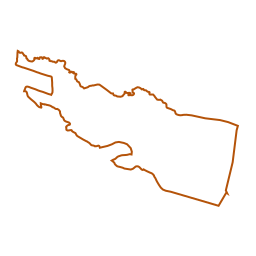 the district of Belmont, Dennery, Saint Lucia, rotated 178°
{"feature_id": "8701671B1177875671821", "entity_name": "Belmont", "entity_type": "district", "adm_level": 2, "iso_a3": "LCA", "parent_name": "Saint Lucia", "parent_adm1": "Dennery", "projection": "albers", "projection_center": [-60.925, 13.95], "detail": "fine", "context": "isolated", "style": "outline", "palette": "amber", "viewbox_px": 256, "rotation_deg": 178, "n_neighbors": 0, "source": "geoboundaries", "source_scale": "gbopen_adm2", "svg_char_len": 6054}
<svg xmlns="http://www.w3.org/2000/svg" viewBox="0 0 256 256"><g transform="rotate(178 128 128)"><path d="M156.8,109.3L149.1,110.8L144.6,112.3L141.1,114.0L137.6,114.4L132.7,113.2L129.5,111.8L126.0,107.8L125.0,104.2L125.4,101.4L127.1,101.8L129.9,101.2L131.3,101.1L134.9,101.0L136.3,100.7L137.4,100.3L138.6,100.0L139.7,99.4L141.4,97.9L142.2,97.4L143.9,96.8L145.4,96.0L144.5,95.3L142.9,93.8L142.5,92.6L142.0,91.9L140.7,90.6L140.2,90.2L139.2,89.8L137.9,89.5L134.7,88.5L133.0,87.6L126.7,86.4L125.3,86.8L124.3,87.2L121.7,89.2L120.8,89.4L120.0,89.4L119.1,89.2L118.0,88.5L115.8,86.0L115.3,85.8L114.9,85.6L114.5,85.6L113.8,86.1L113.0,85.5L110.5,84.1L107.5,82.6L106.5,82.2L105.6,81.7L104.8,81.0L104.2,80.2L103.7,79.7L103.5,78.6L103.1,78.0L102.4,76.9L101.4,74.5L100.5,72.7L99.0,70.0L97.3,67.3L95.3,65.3L92.5,64.0L87.5,62.8L40.2,47.1L32.0,60.0L31.2,59.4L32.4,62.2L24.6,90.1L19.5,122.0L18.1,126.3L27.7,130.4L35.7,132.7L50.5,135.0L63.9,138.4L69.2,139.2L72.5,139.2L73.2,139.0L75.0,138.9L76.0,139.0L76.9,139.2L78.4,139.7L79.3,140.2L79.9,140.9L80.4,142.8L80.7,143.4L81.1,143.8L82.4,144.2L84.7,145.5L87.4,146.5L88.3,146.9L88.6,147.4L88.8,147.7L88.8,149.4L88.8,150.3L89.0,150.7L89.6,151.3L90.4,151.8L91.5,152.0L91.9,152.1L92.2,152.5L92.9,154.0L93.5,154.5L94.4,155.0L94.6,155.2L94.9,155.1L96.8,155.1L97.9,155.4L100.0,158.2L100.4,159.0L101.5,160.3L101.8,160.6L105.0,160.7L105.3,161.0L105.5,161.7L105.2,162.9L105.4,163.1L105.7,163.3L106.5,163.4L107.3,163.7L108.7,165.0L110.4,165.2L110.6,165.3L111.3,166.4L111.6,166.5L111.9,166.4L112.1,166.2L112.9,166.1L113.3,166.6L114.2,167.4L115.5,168.1L117.0,168.4L118.1,168.0L121.0,166.4L122.1,166.3L122.3,166.0L122.1,164.4L122.2,163.6L121.8,163.1L121.1,162.8L120.8,162.5L120.8,161.9L121.1,161.7L121.5,161.0L121.7,160.9L122.5,160.6L123.1,160.6L124.1,160.8L126.3,160.7L126.5,160.9L126.5,161.2L126.3,161.6L125.9,161.7L124.6,162.0L124.4,162.1L124.3,162.4L124.4,162.5L124.9,163.0L125.4,163.1L127.7,163.0L128.0,163.1L128.5,163.3L128.9,164.0L129.3,164.2L129.6,164.4L129.9,164.3L130.1,164.0L130.1,163.5L129.9,163.2L130.0,162.7L131.8,160.8L132.2,160.2L132.7,159.9L133.4,159.8L134.1,159.5L134.4,159.5L137.7,159.9L138.2,160.3L139.1,160.8L139.8,160.8L141.1,161.3L141.8,162.8L141.8,163.0L143.1,163.1L143.7,163.3L147.9,166.8L153.4,171.1L155.0,172.3L155.4,172.4L157.1,172.5L160.1,171.9L160.9,171.7L161.1,171.7L161.3,171.8L161.9,171.8L163.1,171.5L164.5,171.4L165.4,171.1L166.5,170.3L167.3,170.0L170.5,169.1L170.9,169.6L171.8,170.4L172.3,170.7L173.6,171.2L173.9,171.4L174.1,171.8L174.7,173.8L175.4,175.4L175.9,175.8L176.8,176.1L177.0,176.3L177.3,176.7L178.0,178.4L178.4,178.7L178.9,178.9L179.0,179.0L178.9,181.0L178.8,181.9L178.5,182.4L177.8,183.1L177.7,183.5L177.8,183.8L178.0,184.0L178.9,184.1L180.0,184.3L180.3,184.7L180.1,185.3L180.1,185.5L180.3,185.8L180.6,185.8L180.8,185.7L181.2,185.2L181.4,185.2L181.7,185.5L181.9,186.0L182.2,186.2L182.6,186.2L183.7,185.5L184.4,185.4L184.7,185.6L184.8,185.7L184.3,186.7L184.3,186.9L184.8,187.9L185.6,188.3L186.9,188.8L188.7,189.9L189.4,191.3L189.6,191.9L189.3,192.8L188.6,194.3L188.4,195.3L188.5,195.9L188.8,196.5L189.4,197.1L190.4,197.4L191.4,197.4L192.6,197.1L193.3,197.4L194.6,198.1L195.2,198.1L195.6,198.0L196.0,197.7L196.8,196.4L197.5,195.9L197.9,195.8L198.5,196.1L199.1,196.7L199.5,196.8L200.5,196.8L201.2,197.0L201.8,197.4L203.4,197.6L204.1,197.9L204.2,198.1L204.1,198.9L204.2,199.3L204.4,199.6L205.2,200.5L205.5,200.5L206.1,200.4L206.4,200.2L206.7,200.2L207.0,200.5L207.7,200.7L208.0,200.8L209.0,201.6L209.5,201.7L209.7,201.4L209.7,201.1L209.9,200.7L210.3,200.4L210.9,200.1L211.0,200.1L211.2,200.3L211.3,201.4L211.7,201.6L212.0,201.7L213.4,201.7L213.6,201.6L213.8,201.3L214.0,200.6L214.2,200.1L214.6,200.1L215.0,200.5L215.5,200.5L215.6,201.1L215.9,201.3L217.0,200.8L217.3,200.8L217.8,201.2L218.2,201.3L218.7,201.4L219.0,201.3L219.1,201.1L219.0,200.7L219.2,200.4L219.0,199.9L219.6,199.0L220.6,198.2L221.5,197.8L222.8,198.0L224.1,198.3L225.1,198.8L225.3,199.2L225.9,199.6L226.1,199.9L226.3,200.7L226.5,200.9L227.0,201.1L227.1,201.3L227.2,202.1L227.2,202.5L227.4,203.3L228.6,203.9L229.2,204.0L229.4,204.2L229.4,204.7L230.2,205.6L230.5,206.4L230.9,206.6L231.4,207.2L231.6,207.2L233.2,206.9L234.0,207.3L234.3,207.7L234.6,208.4L234.9,208.6L235.5,208.9L235.8,207.3L236.2,202.2L236.5,201.5L236.5,198.9L236.6,198.3L237.5,197.1L237.8,196.6L237.9,196.0L237.9,195.4L237.4,194.8L236.7,194.5L231.4,192.3L230.2,192.0L220.5,188.4L217.0,186.9L215.5,186.4L213.4,185.5L206.3,183.0L203.6,182.3L202.9,182.0L202.6,181.7L202.4,181.2L202.3,178.8L202.2,176.1L202.3,172.7L202.1,170.5L202.1,167.8L202.3,166.1L202.7,165.3L203.6,163.8L204.6,164.3L205.3,164.4L206.9,165.0L211.7,167.0L213.5,167.6L214.2,167.8L216.3,168.6L219.1,169.9L223.6,171.6L225.6,172.5L227.1,172.9L227.6,172.9L228.4,172.7L228.9,172.2L229.2,171.6L229.6,170.5L230.3,169.1L230.5,168.4L229.9,168.4L229.2,168.3L228.7,168.1L228.1,167.5L227.8,166.7L227.3,164.2L227.0,163.3L226.6,162.7L224.3,160.4L220.8,157.3L219.3,155.7L218.3,154.2L217.6,153.4L216.5,152.4L216.0,152.0L214.4,151.5L214.0,151.4L213.9,151.5L213.9,152.2L214.2,152.7L214.1,153.1L214.4,154.3L214.3,155.0L214.3,155.7L212.3,154.8L210.9,154.7L210.6,154.4L209.4,154.4L209.2,154.3L208.7,154.0L207.6,153.8L205.4,153.2L203.7,152.3L202.7,151.4L202.0,151.3L201.7,151.2L199.8,149.7L199.1,149.5L198.0,149.5L196.7,148.7L195.4,147.0L195.4,146.2L195.3,144.8L194.9,144.0L194.7,142.8L194.5,142.4L193.8,141.5L192.8,140.9L192.4,140.4L192.1,139.6L191.9,139.0L191.4,137.8L190.7,137.2L189.7,136.6L186.9,135.6L186.4,135.1L185.9,134.5L185.8,134.1L185.9,133.9L186.0,133.5L186.2,133.3L186.5,133.2L187.1,133.2L188.1,132.8L189.2,132.0L189.7,131.4L189.8,131.2L189.8,130.8L189.6,130.5L189.7,129.1L189.6,128.4L189.4,128.2L188.8,127.8L188.3,127.6L188.0,127.6L185.0,127.9L184.5,127.8L184.3,127.5L184.0,126.8L183.3,126.2L180.7,124.7L179.8,122.8L178.9,121.7L173.3,118.1L170.0,116.2L169.6,116.1L168.7,115.4L167.6,114.7L166.7,113.9L165.6,112.5L164.6,111.9L163.6,111.8L161.4,111.0L161.4,110.9L160.2,110.9L158.7,111.3L158.2,111.4L157.9,111.3L157.5,111.1L157.3,110.9L157.0,110.1L156.8,109.3Z" fill="none" stroke="#b45309" stroke-width="2"/></g></svg>